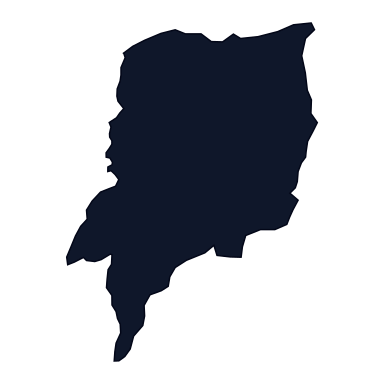 the district of Akoursos, Paphos, Cyprus
{"feature_id": "46923920B92480044659447", "entity_name": "Akoursos", "entity_type": "district", "adm_level": 2, "iso_a3": "CYP", "parent_name": "Cyprus", "parent_adm1": "Paphos", "projection": "orthographic", "projection_center": [32.419, 34.879], "detail": "fine", "context": "isolated", "style": "filled", "palette": "ink", "viewbox_px": 384, "rotation_deg": 0, "n_neighbors": 0, "source": "geoboundaries", "source_scale": "gbopen_adm2", "svg_char_len": 1520}
<svg xmlns="http://www.w3.org/2000/svg" viewBox="0 0 384 384"><path d="M114.2,361.0L118.9,360.8L124.8,356.5L130.2,349.0L133.6,336.1L142.8,325.5L144.6,316.0L144.1,305.4L150.0,294.8L161.3,290.7L168.2,286.3L169.8,276.8L175.2,267.5L186.4,260.3L204.9,252.8L213.9,245.3L217.0,255.4L230.3,256.9L241.1,257.2L242.4,246.8L245.7,235.5L260.4,229.6L274.8,229.6L286.8,224.4L289.6,217.2L293.0,209.7L298.1,200.2L289.9,193.2L295.3,187.8L297.3,181.6L298.1,171.5L301.4,162.8L305.6,157.1L306.1,151.6L307.6,141.4L313.2,130.8L317.3,122.6L310.9,113.5L311.4,99.9L307.3,90.3L305.3,72.8L301.7,55.8L305.5,38.5L314.5,29.7L311.2,23.0L293.5,24.8L277.8,31.6L258.0,36.7L240.6,38.5L233.4,34.1L222.6,41.9L211.3,41.6L201.1,33.9L185.4,33.9L175.2,29.8L161.0,33.4L144.6,40.3L132.8,46.3L123.5,53.2L123.9,53.6L125.2,57.7L121.0,67.6L121.0,75.1L120.1,81.2L117.2,88.9L116.9,96.2L118.0,101.2L123.8,108.6L119.9,112.9L116.5,117.8L109.2,122.5L111.0,127.1L110.4,129.6L109.5,133.7L109.7,137.1L111.9,140.7L111.9,144.2L109.3,148.4L106.1,152.8L106.2,157.2L109.9,158.0L112.4,162.1L112.1,164.8L107.9,167.0L107.8,171.5L111.1,170.7L115.1,174.5L118.8,179.5L115.6,186.2L109.6,188.5L100.5,192.1L92.2,201.0L86.5,210.1L87.2,219.2L80.7,226.3L75.5,235.9L71.4,245.9L66.7,257.1L67.7,264.7L74.3,262.1L83.5,257.4L86.5,260.5L94.8,261.5L101.2,259.6L110.3,254.1L112.0,254.8L111.5,264.4L108.1,269.7L107.1,279.4L106.5,287.7L111.9,295.4L112.0,305.0L116.1,311.6L117.5,318.5L120.2,324.1L120.7,333.0L116.1,343.1L114.9,351.5L114.2,361.0Z" fill="#0f172a" stroke="#020617" stroke-width="1.5"/></svg>